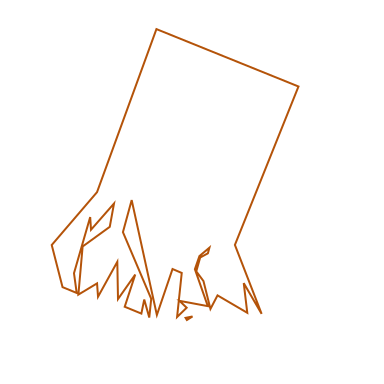 map outline of Qeqqata Kommunia (Mercator projection), rotated 292°
{"feature_id": "GRL-2741", "entity_name": "Qeqqata Kommunia", "entity_type": "state/province", "adm_level": 1, "iso_a3": "GRL", "parent_name": "Greenland", "parent_adm1": "", "projection": "mercator", "projection_center": [-52.028, 66.171], "detail": "coarse", "context": "isolated", "style": "outline", "palette": "amber", "viewbox_px": 384, "rotation_deg": 292, "n_neighbors": 0, "source": "natural_earth", "source_scale": "10m", "svg_char_len": 740}
<svg xmlns="http://www.w3.org/2000/svg" viewBox="0 0 384 384"><g transform="rotate(292 192 192)"><path d="M105.1,302.2L126.9,274.1L100.7,288.5L105.7,254.4L90.5,252.9L113.7,236.0L120.0,225.7L134.3,224.1L141.1,229.7L146.9,229.0L135.4,222.9L121.5,223.6L92.1,249.4L86.4,221.2L82.7,230.4L70.5,225.0L113.1,212.8L113.3,202.8L64.8,205.5L161.9,139.1L128.9,143.0L77.7,194.2L59.6,199.4L74.4,188.0L60.3,190.6L60.4,172.6L94.2,170.3L65.0,163.5L99.3,148.9L59.7,144.1L71.7,138.2L54.3,125.1L100.5,111.0L128.9,128.8L152.1,124.0L119.2,112.5L130.6,107.0L72.5,113.0L55.2,122.9L55.3,107.6L90.3,81.8L156.3,104.0L329.7,98.0L329.7,251.2L159.0,251.6L105.1,302.2ZM72.9,233.2L76.8,239.1L71.4,235.2L72.9,233.2Z" fill="none" stroke="#b45309" stroke-width="2"/></g></svg>